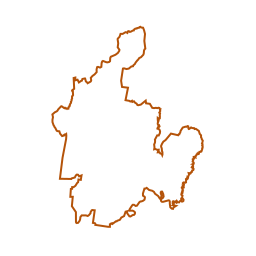 the district of Phu Giao, Bình Phước, Vietnam, rotated 9°
{"feature_id": "81297802B21040073838815", "entity_name": "Phu Giao", "entity_type": "district", "adm_level": 2, "iso_a3": "VNM", "parent_name": "Vietnam", "parent_adm1": "Bình Phước", "projection": "equal_earth", "projection_center": [106.819, 11.34], "detail": "fine", "context": "isolated", "style": "outline", "palette": "amber", "viewbox_px": 256, "rotation_deg": 9, "n_neighbors": 0, "source": "geoboundaries", "source_scale": "gbopen_adm2", "svg_char_len": 5950}
<svg xmlns="http://www.w3.org/2000/svg" viewBox="0 0 256 256"><g transform="rotate(9 128 128)"><path d="M185.1,200.8L185.3,199.4L187.6,197.4L184.3,197.2L185.1,196.3L184.9,195.9L183.9,195.4L183.7,193.8L184.0,193.3L184.5,193.2L185.7,194.1L186.3,193.1L187.1,192.6L187.3,192.9L187.2,194.0L187.6,194.2L187.8,192.7L188.5,193.5L189.5,193.5L190.2,193.4L190.5,192.3L191.6,191.4L192.0,191.4L192.6,192.2L193.4,192.1L194.1,191.4L194.1,190.2L193.4,189.4L192.5,189.4L191.9,190.0L191.6,189.8L191.6,189.2L192.5,188.4L192.3,187.7L192.4,186.3L191.3,185.8L191.0,185.2L191.2,183.7L191.9,183.8L192.0,182.1L191.9,181.9L191.4,182.1L191.4,181.6L192.0,180.7L191.3,179.9L191.1,178.8L190.5,178.7L190.4,178.3L190.8,177.7L191.3,177.8L191.8,178.4L192.3,178.2L192.4,177.8L191.2,176.2L192.1,176.0L192.1,175.0L190.9,174.2L190.8,173.8L191.3,173.1L193.4,173.0L193.8,172.6L193.5,171.8L193.7,171.0L193.2,169.4L193.8,168.7L194.1,169.5L194.3,169.3L194.2,168.7L194.8,168.8L195.0,168.3L195.1,167.6L194.5,166.7L195.0,166.6L195.6,164.4L195.0,163.1L196.6,163.2L196.6,162.6L197.2,162.4L197.3,161.7L197.9,161.5L198.0,159.9L198.9,159.5L199.2,159.0L199.1,158.0L197.1,156.9L197.3,156.4L198.4,157.0L198.4,156.1L197.9,155.3L198.3,153.4L197.6,153.4L198.3,152.8L198.4,152.2L198.1,151.7L197.1,151.1L197.5,149.1L196.9,149.1L196.8,148.7L197.9,147.7L197.6,147.4L197.4,146.3L197.9,146.2L198.3,146.7L198.5,146.1L199.1,146.3L198.9,145.8L199.4,145.2L199.3,144.8L199.7,144.3L199.9,143.4L200.3,143.3L200.5,142.6L200.8,143.0L201.8,142.7L202.1,142.3L201.9,141.7L202.2,140.4L203.2,140.2L203.4,139.9L203.7,140.1L204.2,139.7L204.7,136.7L204.4,136.4L204.8,135.1L204.5,134.5L204.5,134.0L204.0,133.7L204.2,132.3L203.5,131.8L203.8,130.0L203.8,128.7L202.7,127.7L202.4,126.7L201.6,125.8L201.3,123.8L199.8,122.6L198.4,119.8L195.1,118.2L193.9,118.6L193.3,117.8L191.3,118.0L190.2,117.6L188.7,119.3L188.2,119.5L187.8,119.1L187.2,116.9L186.5,116.8L185.4,117.7L184.5,117.7L182.0,119.0L180.4,122.6L180.3,124.4L179.7,125.5L179.7,126.2L179.0,126.4L178.7,127.3L171.3,126.8L167.0,134.0L165.0,136.0L164.1,138.2L163.5,140.5L163.7,141.4L164.5,142.8L165.2,145.5L165.8,146.5L166.2,148.9L166.1,149.5L165.4,148.3L163.8,148.1L163.0,147.1L161.9,146.7L161.7,147.3L161.2,147.4L161.3,146.5L161.8,145.6L161.7,144.6L160.1,145.0L158.2,144.4L157.2,144.9L157.2,143.0L156.4,140.2L156.9,138.2L156.8,136.5L156.4,135.3L158.0,130.7L159.5,130.6L160.3,128.1L160.2,126.2L159.4,124.8L158.4,124.1L157.2,124.1L157.1,123.8L157.5,122.5L157.9,122.0L158.7,121.9L158.9,121.4L158.3,120.5L157.8,121.0L156.7,119.3L156.6,118.3L157.1,115.9L156.8,115.6L156.3,115.9L155.9,114.3L155.8,113.5L157.2,114.4L157.9,113.5L157.9,112.9L157.6,112.5L157.7,111.2L157.3,110.4L157.4,108.5L156.5,108.0L157.2,106.1L156.9,105.4L157.0,104.4L156.5,104.5L155.9,103.3L155.0,103.2L153.8,103.8L152.4,103.7L150.6,104.3L148.8,104.3L145.8,100.7L142.0,100.8L141.2,98.2L137.0,102.9L134.5,103.9L133.7,103.8L132.7,102.6L131.0,101.9L129.7,100.7L128.3,101.5L127.7,100.5L126.7,101.4L125.8,101.4L125.3,101.0L121.2,100.9L121.7,88.2L115.7,88.4L113.8,82.4L113.7,70.1L114.7,69.7L117.3,70.0L119.5,69.2L121.7,66.7L123.3,66.2L123.4,65.4L124.9,63.5L125.2,62.3L126.8,59.5L127.3,59.0L128.1,57.2L129.8,56.0L131.7,53.2L131.9,51.9L131.7,49.2L132.0,47.8L132.7,46.9L130.5,39.4L130.1,32.5L128.6,29.0L127.2,26.6L125.3,26.7L124.4,26.1L123.6,26.5L123.3,27.2L121.3,27.9L121.1,28.4L119.7,28.7L118.6,29.8L118.5,30.7L117.5,31.0L115.6,32.5L114.6,32.8L114.0,32.3L113.1,32.3L112.8,32.7L112.5,34.2L111.2,33.7L110.5,33.8L108.0,35.9L105.9,36.2L105.4,39.2L103.9,41.4L103.9,42.1L105.1,45.9L105.2,49.9L107.3,52.1L107.3,53.1L106.3,55.4L104.2,57.6L99.9,60.3L99.5,61.6L99.8,64.8L99.1,65.7L97.4,66.4L96.2,66.4L92.8,65.7L92.1,66.3L91.8,68.0L92.1,71.8L90.9,72.7L88.8,72.3L88.0,72.7L87.8,75.0L88.3,77.7L86.6,80.3L84.8,82.1L83.4,84.3L84.2,86.6L84.0,87.7L83.7,88.1L81.1,90.1L80.5,89.4L79.1,88.6L77.9,85.8L77.6,85.8L75.3,86.7L75.0,88.5L74.3,88.8L72.4,90.7L70.6,88.2L68.6,89.1L68.1,86.4L66.5,87.1L68.7,97.7L67.0,99.4L66.9,99.9L67.4,100.5L67.8,100.4L68.6,104.1L68.0,105.0L68.1,105.4L67.8,105.9L68.2,107.8L67.8,108.6L68.0,109.4L67.8,110.6L67.5,111.0L67.8,111.8L67.6,112.5L67.2,112.9L67.0,114.7L66.7,114.9L66.9,115.8L66.1,116.7L66.1,118.2L65.1,118.2L64.8,118.6L64.3,118.2L63.7,118.5L62.7,117.9L62.4,118.4L61.8,118.3L59.1,116.9L58.5,117.1L56.1,120.6L55.7,121.8L55.0,122.7L53.3,123.9L51.2,126.4L52.2,129.0L52.1,131.7L52.5,134.0L54.1,137.0L54.9,137.8L55.4,138.7L56.1,139.2L57.9,141.7L58.6,142.1L60.7,142.0L61.8,144.2L64.2,146.3L65.8,145.5L65.6,145.2L66.1,144.7L66.6,144.6L66.9,144.1L67.4,144.3L67.9,143.7L68.3,145.3L68.6,148.6L68.0,167.7L68.7,188.8L80.0,187.2L80.2,186.6L83.2,185.2L83.9,183.0L84.8,182.0L86.0,182.0L87.3,183.4L89.5,182.1L89.5,186.6L87.1,186.6L87.2,189.4L86.4,190.2L85.1,193.3L83.5,194.9L82.1,195.1L82.3,196.8L81.1,197.1L81.8,205.0L84.2,204.6L84.8,214.0L89.7,219.2L91.3,228.9L91.6,229.6L92.2,229.9L93.6,229.4L94.8,227.0L95.0,225.4L94.9,223.4L95.9,221.6L100.1,220.9L102.0,221.2L103.1,220.1L104.3,218.1L104.2,217.0L105.0,215.0L105.5,214.6L108.0,214.5L108.2,227.2L110.2,227.2L111.1,228.2L111.0,228.8L123.9,228.7L125.6,228.4L125.2,226.0L125.9,225.7L125.9,225.2L127.2,224.5L127.7,225.1L130.7,222.0L131.4,222.0L132.0,221.2L134.3,220.0L135.4,217.5L137.9,215.6L138.7,211.0L140.3,210.3L140.3,211.5L140.6,212.4L143.2,215.0L144.3,215.0L146.2,213.3L147.6,212.8L148.2,211.7L148.2,210.6L147.9,210.0L146.5,209.2L145.3,208.9L142.3,209.5L142.1,209.1L142.4,207.8L144.2,203.8L144.7,203.1L145.9,202.9L147.8,203.8L149.0,203.3L150.9,199.4L151.8,198.6L152.8,198.4L154.4,197.4L155.5,196.2L155.6,194.1L155.2,193.3L153.4,192.5L153.0,190.4L153.7,185.3L154.6,185.2L155.8,184.2L158.5,185.9L161.8,186.2L163.6,187.0L165.0,188.7L168.5,190.5L170.5,192.8L170.9,192.7L171.3,192.0L171.8,189.6L170.6,187.5L170.4,186.3L170.8,185.6L171.7,185.5L173.2,187.9L173.9,190.1L173.5,191.4L171.9,193.1L171.8,194.2L172.1,194.9L172.8,195.5L174.0,195.5L179.4,193.1L180.2,193.2L180.8,194.1L181.1,196.2L182.2,199.7L183.8,200.8L185.1,200.8Z" fill="none" stroke="#b45309" stroke-width="2"/></g></svg>